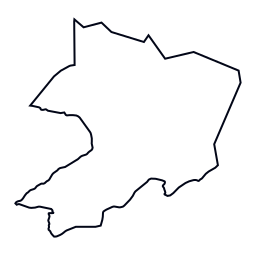 an SVG outline of Gbapolu
{"feature_id": "LBR-1459", "entity_name": "Gbapolu", "entity_type": "County", "adm_level": 1, "iso_a3": "LBR", "parent_name": "Liberia", "parent_adm1": "", "projection": "orthographic", "projection_center": [-10.534, 7.419], "detail": "fine", "context": "isolated", "style": "outline", "palette": "ink", "viewbox_px": 256, "rotation_deg": 0, "n_neighbors": 0, "source": "natural_earth", "source_scale": "10m", "svg_char_len": 2674}
<svg xmlns="http://www.w3.org/2000/svg" viewBox="0 0 256 256"><path d="M30.2,105.6L54.0,76.4L60.8,70.7L69.2,66.1L70.5,65.6L74.6,65.0L74.2,21.5L74.4,19.4L83.6,27.3L101.5,22.6L111.4,32.0L143.9,42.0L148.5,35.3L165.1,58.7L193.6,52.0L238.6,70.6L240.6,82.7L214.2,144.2L217.9,165.2L215.3,167.7L208.7,171.5L205.8,173.8L202.3,178.0L201.5,178.8L200.4,179.3L199.5,180.2L198.7,180.9L197.7,180.7L196.8,180.2L195.7,180.0L194.5,180.0L193.5,180.1L189.2,181.3L185.5,183.0L178.8,187.5L173.3,193.1L170.2,195.4L167.5,195.9L165.5,194.9L165.0,194.7L164.6,194.4L164.5,194.0L164.8,193.6L165.1,193.3L165.3,192.8L165.3,192.4L164.8,190.6L164.5,190.0L164.0,188.1L163.6,187.4L163.1,186.8L162.8,186.2L162.9,185.6L163.4,184.9L164.2,184.2L164.6,183.6L164.9,182.6L164.9,182.1L164.8,181.6L164.5,181.3L162.0,180.3L155.7,178.8L151.1,178.6L149.2,179.4L148.6,179.9L147.1,181.9L135.4,191.4L134.5,192.6L132.8,195.9L130.0,199.7L124.3,205.6L123.0,206.6L121.6,207.0L120.2,207.3L118.9,207.3L114.3,206.5L113.7,206.5L112.3,206.9L106.4,209.6L104.6,210.7L103.5,211.5L103.2,212.1L103.0,212.8L102.8,216.8L102.3,219.9L100.7,225.6L95.5,226.8L75.8,226.8L66.5,230.5L65.1,231.4L63.3,232.9L61.8,234.0L60.0,235.0L56.7,236.4L55.2,236.6L54.1,236.6L52.9,235.4L51.6,233.9L51.0,233.0L50.6,232.2L50.4,231.5L50.0,231.0L48.7,229.8L48.5,228.8L48.6,228.3L49.0,227.3L49.0,226.7L48.8,225.5L48.9,224.9L49.3,224.2L49.3,223.5L49.1,222.8L48.8,222.1L48.4,220.9L48.3,220.4L48.4,219.9L48.7,219.3L48.8,218.7L49.1,218.0L49.4,216.8L49.5,216.3L49.4,215.8L49.2,215.2L48.8,214.5L48.7,213.9L48.7,213.4L49.1,213.1L49.8,213.1L52.6,213.1L53.2,213.0L53.3,212.6L52.9,212.2L52.6,211.9L52.4,211.4L52.5,210.7L52.2,210.0L51.2,209.0L40.1,206.7L39.2,206.7L38.4,206.7L35.0,207.6L31.2,207.9L29.1,207.6L19.2,204.1L18.0,204.2L16.7,204.7L15.4,203.4L15.9,202.5L17.2,201.6L18.3,201.2L20.6,200.7L21.8,199.8L23.0,198.4L25.0,195.3L26.7,193.2L27.6,192.7L28.2,192.2L29.4,191.0L30.1,190.4L30.9,190.0L33.7,189.1L34.6,188.7L35.3,188.1L36.7,186.3L37.6,185.7L40.8,183.9L41.7,183.6L43.4,183.7L44.2,183.4L44.9,183.0L45.6,182.3L46.9,181.2L48.4,180.4L48.9,179.9L49.3,179.5L52.1,174.7L52.8,173.8L53.5,173.1L57.2,170.5L57.8,169.9L58.3,169.2L59.0,168.7L59.8,168.2L60.8,167.9L65.1,167.0L78.0,159.1L80.6,156.7L81.4,156.2L82.2,155.8L86.0,154.6L86.7,154.2L87.4,153.6L87.9,152.9L89.2,151.7L91.6,150.0L92.3,148.9L92.6,147.6L91.7,143.5L91.8,141.9L91.8,138.4L91.1,134.7L90.6,133.0L90.1,132.1L79.7,117.6L78.1,116.3L76.3,115.5L72.7,115.1L69.9,115.1L66.9,115.4L65.8,114.9L64.3,112.5L61.7,112.9L60.7,113.1L47.9,110.7L46.4,109.6L45.9,109.3L45.5,109.3L43.0,109.9L42.0,109.9L41.4,109.7L40.8,109.4L40.3,108.1L39.5,107.6L38.9,107.3L32.5,105.9L30.2,105.6Z" fill="none" stroke="#020617" stroke-width="2"/></svg>